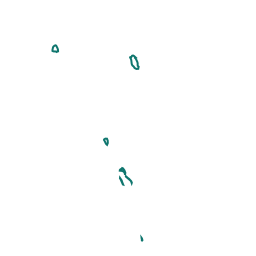 the border of Dependencias Federales, rotated 243°
{"feature_id": "VEN-44", "entity_name": "Dependencias Federales", "entity_type": "Federal Dependency", "adm_level": 1, "iso_a3": "VEN", "parent_name": "Venezuela", "parent_adm1": "", "projection": "orthographic", "projection_center": [-66.343, 11.477], "detail": "fine", "context": "isolated", "style": "outline", "palette": "teal", "viewbox_px": 256, "rotation_deg": 243, "n_neighbors": 0, "source": "natural_earth", "source_scale": "10m", "svg_char_len": 1392}
<svg xmlns="http://www.w3.org/2000/svg" viewBox="0 0 256 256"><g transform="rotate(243 128 128)"><path d="M188.8,161.9L189.3,161.9L189.9,161.9L190.1,162.2L189.5,162.9L190.5,164.4L190.3,165.4L189.3,166.1L187.6,166.7L187.9,166.0L188.1,165.8L186.6,166.3L185.4,166.4L182.7,166.3L181.3,166.0L180.0,165.3L178.9,164.9L177.8,165.3L176.1,164.0L176.8,162.3L178.5,161.1L180.1,161.0L181.8,160.3L183.4,160.4L186.9,161.7L187.6,161.9L188.8,161.9ZM230.9,95.7L231.8,96.1L233.9,97.8L234.4,98.6L234.7,99.8L234.6,100.9L234.0,101.4L231.0,101.4L229.4,101.1L228.1,100.5L228.3,100.0L228.4,99.8L228.3,99.6L228.1,99.0L229.0,98.3L230.1,96.4L230.9,95.7ZM126.7,101.3L128.3,101.2L128.7,101.6L128.8,103.0L128.0,104.4L126.0,104.2L123.8,103.2L122.5,101.7L123.5,101.3L124.7,101.2L126.7,101.3ZM94.2,104.1L95.2,104.2L95.6,104.1L94.3,105.2L91.9,105.6L89.3,105.3L87.6,104.1L89.7,104.6L91.2,104.3L92.5,103.2L93.7,101.3L94.3,101.7L94.6,102.5L94.6,103.3L94.2,104.1ZM85.6,98.1L86.8,98.0L87.1,98.2L85.4,98.4L85.1,98.3L84.2,98.6L83.0,98.3L82.4,98.3L81.9,98.2L79.8,98.0L80.0,97.8L85.6,98.1ZM84.5,104.5L85.4,104.1L85.9,104.1L86.0,104.2L82.7,105.5L82.4,105.8L80.5,106.3L79.9,106.5L79.1,106.7L77.6,106.6L77.3,106.3L78.8,106.5L79.8,106.4L80.2,106.3L80.4,106.2L84.5,104.5ZM22.5,89.8L23.1,89.9L23.9,90.2L23.3,90.3L21.9,90.0L21.4,89.8L21.3,89.5L21.5,89.3L21.8,89.4L22.1,89.7L22.5,89.8Z" fill="none" stroke="#0f766e" stroke-width="2"/></g></svg>